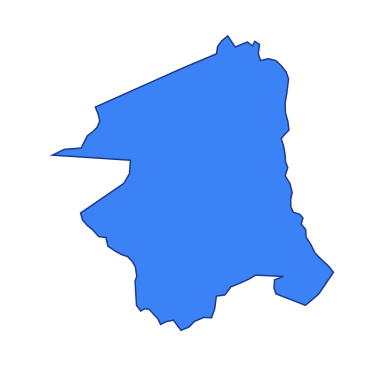 the district of Taquaral de Goiás, Goiás, Brazil, rotated 344°
{"feature_id": "56859067B36818753326646", "entity_name": "Taquaral de Goiás", "entity_type": "district", "adm_level": 2, "iso_a3": "BRA", "parent_name": "Brazil", "parent_adm1": "Goiás", "projection": "natural_earth1", "projection_center": [-49.592, -16.048], "detail": "fine", "context": "isolated", "style": "filled", "palette": "blue", "viewbox_px": 384, "rotation_deg": 344, "n_neighbors": 0, "source": "geoboundaries", "source_scale": "gbopen_adm2", "svg_char_len": 1366}
<svg xmlns="http://www.w3.org/2000/svg" viewBox="0 0 384 384"><g transform="rotate(344 192 192)"><path d="M131.4,309.5L138.8,310.1L143.3,321.9L151.8,321.0L158.8,317.0L168.6,315.8L176.1,318.3L181.7,310.4L186.7,298.8L195.2,300.0L203.3,293.9L217.0,292.3L223.8,291.2L230.1,289.4L256.6,298.3L247.1,299.2L244.3,307.1L244.7,313.1L269.8,332.2L280.2,327.5L285.4,325.2L305.8,308.2L302.9,301.0L298.5,293.7L293.4,284.7L291.8,275.3L289.2,266.9L290.9,259.4L288.1,252.9L291.5,247.5L289.3,243.1L283.8,239.3L282.9,233.5L284.8,226.2L288.1,220.3L288.5,211.0L286.0,202.0L290.8,194.9L290.2,189.0L291.5,183.4L292.7,173.8L292.5,165.1L297.6,161.9L302.3,159.1L303.6,150.6L303.6,142.1L305.8,132.6L310.1,123.7L312.9,117.2L316.0,109.9L315.5,102.2L312.5,95.1L308.8,88.8L302.2,84.9L294.1,84.6L293.9,77.1L297.6,68.8L293.9,64.5L290.4,68.3L286.6,63.1L273.4,64.5L269.4,51.8L262.2,54.9L256.7,59.3L253.6,65.9L229.4,68.8L213.5,70.8L122.5,83.7L123.2,90.5L123.0,98.2L118.5,103.8L113.0,106.8L107.1,109.0L103.9,112.3L97.6,119.2L81.0,115.8L68.0,118.1L141.6,144.5L136.9,157.2L128.8,164.9L79.1,181.5L79.1,188.9L82.4,195.8L85.8,200.4L90.1,209.2L96.7,212.1L96.2,220.9L102.3,228.1L107.6,233.2L112.3,236.3L115.5,242.5L116.9,248.2L115.7,257.8L112.7,262.0L107.4,285.7L109.9,292.3L114.2,291.2L118.5,292.9L121.1,298.3L124.1,303.9L125.3,310.7L131.4,309.5Z" fill="#3b82f6" stroke="#1e3a8a" stroke-width="1.5"/></g></svg>